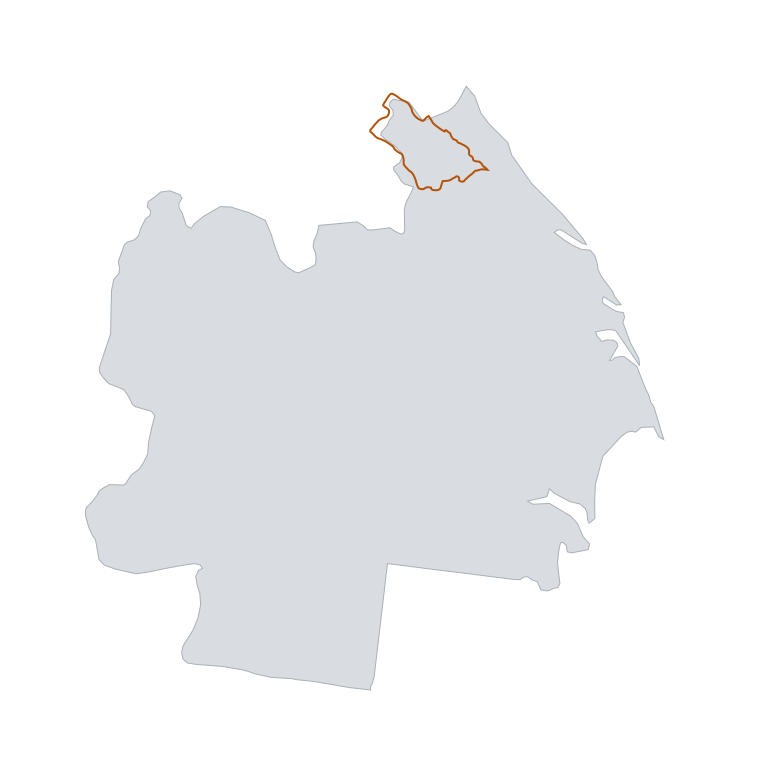 Mongo, Nyanga, Gabon (highlighted), rotated 187°
{"feature_id": "22940354B34091756215614", "entity_name": "Mongo", "entity_type": "district", "adm_level": 2, "iso_a3": "GAB", "parent_name": "Gabon", "parent_adm1": "Nyanga", "projection": "albers", "projection_center": [11.424, -3.286], "detail": "fine", "context": "in_parent", "style": "outline", "palette": "amber", "viewbox_px": 768, "rotation_deg": 187, "n_neighbors": 0, "source": "geoboundaries", "source_scale": "gbopen_adm2", "svg_char_len": 5620}
<svg xmlns="http://www.w3.org/2000/svg" viewBox="0 0 768 768"><g transform="rotate(187 384 384)"><path d="M552.1,92.4L551.6,99.3L543.8,116.0L540.1,129.0L539.1,142.7L541.3,153.8L545.0,161.7L547.4,170.3L545.5,176.3L541.8,178.9L544.3,181.9L550.0,182.7L559.7,180.1L574.7,175.5L594.2,168.9L607.0,165.4L628.2,167.6L639.6,170.2L645.4,174.9L651.5,194.7L654.6,197.7L659.7,206.1L664.0,216.3L664.9,221.4L664.4,225.1L660.1,230.5L655.2,238.6L653.5,243.4L649.4,247.0L644.3,250.6L630.1,252.0L628.0,254.1L624.0,262.6L616.5,269.9L613.1,276.7L610.0,285.9L610.6,297.2L609.1,313.5L607.5,324.6L611.3,328.5L628.1,331.2L631.4,333.4L635.9,340.3L641.6,346.7L657.1,350.8L663.1,355.7L667.9,361.1L668.5,365.6L665.0,383.3L661.5,400.3L662.8,413.3L664.1,425.7L665.8,443.7L665.0,454.7L660.6,461.4L660.6,466.7L662.6,473.0L658.7,490.6L656.1,493.5L649.2,496.8L645.6,501.5L644.4,508.9L640.7,519.0L636.8,522.7L636.8,527.5L640.5,530.9L640.4,536.2L633.5,542.4L629.3,547.2L620.1,549.6L609.6,547.1L607.2,543.5L609.7,538.1L608.8,533.7L605.2,529.2L599.6,517.3L594.6,514.8L591.9,519.7L583.3,528.6L568.1,540.1L557.6,541.0L538.0,537.4L521.7,531.9L514.0,518.4L509.1,507.3L502.2,494.3L494.3,488.2L486.0,484.3L482.2,484.0L470.2,491.2L466.6,494.0L466.7,500.1L467.8,505.7L469.6,508.4L471.2,512.0L470.9,517.7L468.7,525.2L468.0,533.5L430.4,541.6L423.9,538.6L419.2,534.9L413.5,535.6L397.2,539.8L391.3,536.8L385.3,534.7L382.6,536.5L382.3,540.0L385.1,559.5L384.2,567.0L380.6,576.7L378.7,583.3L388.6,585.1L392.2,588.2L395.7,593.1L400.5,597.7L400.8,600.5L395.4,605.6L393.5,611.8L396.1,616.8L402.9,621.9L412.8,627.2L417.6,630.7L417.1,633.9L412.5,640.7L410.8,646.5L407.6,651.7L408.3,656.4L412.7,660.9L412.2,664.9L409.2,667.9L403.1,667.3L397.9,667.7L393.2,666.5L378.6,651.0L375.4,650.6L354.1,662.4L348.9,667.3L344.5,674.3L338.6,689.5L329.0,680.7L320.7,664.5L311.0,654.6L290.5,638.6L285.1,626.7L261.7,600.7L228.1,574.7L203.8,552.1L200.1,547.1L204.2,547.7L227.7,558.9L230.9,557.7L233.6,555.2L223.4,549.3L213.8,544.6L204.7,541.7L195.6,542.0L190.5,537.2L187.2,530.0L185.5,523.8L181.5,517.3L168.6,503.9L165.5,498.7L158.4,491.6L162.7,490.7L176.5,497.4L177.7,494.7L176.5,490.8L162.7,484.4L155.1,484.0L153.4,479.5L154.4,474.3L144.4,454.8L134.1,440.2L132.5,433.3L160.3,465.0L164.0,465.5L168.9,465.2L180.4,461.6L178.2,457.4L173.0,452.8L168.0,454.9L161.5,455.4L158.0,453.5L156.5,450.2L163.0,434.8L160.2,435.6L158.1,438.3L154.5,439.6L149.0,440.5L135.2,432.2L123.1,409.9L119.9,405.4L116.6,397.6L113.4,394.4L99.5,362.8L104.8,365.1L111.1,374.3L123.4,372.3L128.2,367.0L132.4,367.2L136.7,365.9L142.1,360.9L157.9,339.1L162.0,310.3L160.6,293.2L158.3,276.2L163.5,270.8L165.5,274.4L166.6,280.4L169.0,284.8L174.7,288.8L185.1,289.9L201.3,296.1L207.1,300.1L208.6,292.1L227.2,285.3L221.6,282.8L205.1,285.6L182.4,275.4L174.8,269.0L167.8,256.7L160.5,250.3L161.0,244.6L177.3,239.2L181.6,239.8L183.3,246.1L187.7,248.7L189.4,247.9L190.1,242.5L190.1,227.9L185.1,207.2L186.6,203.2L191.1,201.7L195.1,199.0L197.8,198.4L203.3,198.9L206.1,203.8L207.6,206.4L213.2,207.6L217.8,210.2L221.7,209.5L225.0,206.5L229.8,205.8L244.6,205.9L258.1,205.9L284.9,206.0L311.7,206.0L338.5,206.1L358.7,206.2L358.7,194.3L358.5,176.0L358.4,154.3L358.3,133.5L358.2,114.4L358.1,91.7L359.2,85.2L360.5,82.5L360.0,78.7L380.8,78.5L418.4,80.2L434.9,79.9L439.5,80.3L460.1,79.1L476.7,80.6L483.8,82.2L490.1,83.0L510.1,84.0L536.1,82.8L544.9,83.1L549.8,86.3L552.1,92.4Z" fill="#d9dde1" stroke="#a8b0b8" stroke-width="1"/><path d="M372.3,655.4L373.1,654.7L374.6,653.5L376.0,651.3L377.3,650.0L378.7,650.0L380.3,650.6L382.5,651.4L385.3,653.2L386.9,654.7L389.0,657.3L390.3,660.7L392.9,664.1L394.6,665.8L396.7,666.8L398.8,667.5L400.9,668.2L403.1,669.3L406.9,671.5L410.0,672.8L411.8,673.1L413.1,672.5L414.5,670.3L415.2,668.9L416.0,667.3L417.1,664.7L418.2,662.6L418.9,660.7L418.5,660.0L416.8,658.9L415.1,658.3L413.4,657.2L412.4,656.2L412.1,654.8L412.2,653.5L412.6,651.4L413.4,650.0L414.8,648.9L417.1,648.0L418.3,647.4L419.6,646.5L421.6,644.8L422.8,643.0L424.7,640.5L426.3,637.7L428.5,634.5L428.4,632.9L425.6,631.0L422.4,628.4L420.6,627.4L419.1,627.0L416.8,626.6L415.0,626.0L412.4,625.2L410.2,624.2L408.2,623.1L405.3,621.6L403.6,620.4L403.0,619.6L402.2,618.4L400.7,617.4L398.8,616.2L396.6,615.2L394.8,614.8L394.0,614.0L392.9,612.1L392.2,610.5L391.7,608.1L391.5,606.0L390.9,604.0L388.8,601.9L386.0,599.6L384.0,598.2L383.0,597.9L382.1,597.1L380.6,595.5L379.5,594.0L377.8,590.9L377.0,589.2L375.7,586.0L374.7,584.3L373.6,582.6L371.5,582.0L369.1,582.1L367.7,582.8L366.7,583.8L365.4,584.5L363.2,584.7L361.3,584.6L361.0,583.7L360.0,582.8L359.2,582.5L358.8,582.5L356.2,582.6L354.3,583.0L352.5,584.1L351.8,585.3L351.3,588.2L350.8,591.1L350.4,592.6L348.1,593.0L345.8,593.4L344.1,594.0L342.8,594.7L341.1,596.2L339.5,597.1L337.4,599.0L335.5,598.8L334.6,597.7L334.3,595.7L333.7,594.7L331.3,594.3L329.6,594.8L328.8,596.0L327.5,597.7L325.7,599.8L323.3,602.3L322.2,603.3L320.6,605.4L319.1,607.0L317.5,607.2L316.1,607.9L313.8,608.8L311.1,609.2L307.4,609.2L308.2,609.9L309.6,611.0L310.4,611.5L311.6,611.8L314.4,614.9L315.4,615.6L316.5,616.3L319.6,616.2L320.9,616.4L321.8,616.6L322.8,617.3L323.1,618.0L323.2,618.8L323.5,619.4L324.1,619.9L324.5,620.4L326.0,621.1L326.9,621.6L327.6,622.5L327.8,623.6L327.8,624.9L328.1,626.3L328.6,627.4L329.3,628.2L330.2,628.9L331.6,629.8L333.9,630.8L335.8,631.4L337.1,632.0L338.6,632.3L339.7,632.6L340.7,633.3L341.2,634.3L342.8,634.9L344.0,635.2L345.4,635.7L346.5,637.0L347.9,638.7L348.3,639.7L348.7,640.5L349.2,641.1L350.4,641.7L351.2,642.0L352.1,642.7L352.8,643.2L353.8,643.5L354.1,643.2L354.3,642.4L354.9,642.0L356.7,642.8L360.6,644.8L364.6,647.1L367.3,649.1L369.6,652.2L372.3,655.4Z" fill="none" stroke="#b45309" stroke-width="2"/></g></svg>